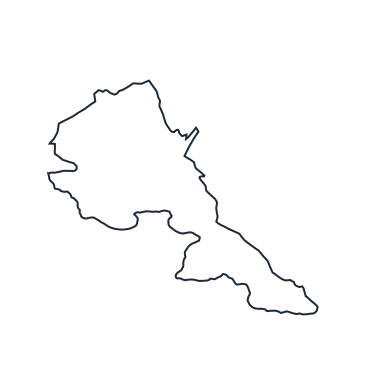 Khanaqin, Diyala, Iraq, rotated 104°
{"feature_id": "34846034B8709315351100", "entity_name": "Khanaqin", "entity_type": "district", "adm_level": 2, "iso_a3": "IRQ", "parent_name": "Iraq", "parent_adm1": "Diyala", "projection": "natural_earth1", "projection_center": [45.457, 34.523], "detail": "fine", "context": "isolated", "style": "outline", "palette": "slate", "viewbox_px": 384, "rotation_deg": 104, "n_neighbors": 0, "source": "geoboundaries", "source_scale": "gbopen_adm2", "svg_char_len": 5487}
<svg xmlns="http://www.w3.org/2000/svg" viewBox="0 0 384 384"><g transform="rotate(104 192 192)"><path d="M120.9,310.5L127.6,307.7L129.8,309.9L133.1,312.7L134.1,313.5L137.4,316.3L142.7,321.6L147.3,325.7L152.5,331.7L157.8,337.8L162.6,337.3L166.4,337.0L169.5,337.7L173.2,338.7L174.1,339.0L177.9,341.2L179.5,341.8L178.9,339.5L178.6,336.6L180.3,336.2L183.0,335.5L185.0,335.2L187.8,334.4L188.3,334.2L189.1,331.5L191.1,327.2L192.0,325.3L192.6,317.8L192.6,313.8L193.6,312.3L194.6,310.6L194.7,310.3L194.8,310.3L196.7,309.7L198.2,309.7L199.6,310.9L200.4,311.9L200.7,313.7L201.2,316.5L201.9,319.1L202.5,321.7L203.7,324.0L204.8,326.3L205.6,327.9L206.4,329.6L207.0,332.5L207.6,334.1L208.3,334.8L208.7,335.9L208.7,336.0L211.0,334.8L213.5,333.7L215.3,332.3L215.4,332.2L215.5,332.0L217.0,329.0L217.2,328.7L217.3,328.6L217.6,328.3L218.6,327.5L220.0,327.0L221.4,326.2L221.6,325.9L222.0,325.5L221.7,323.6L221.7,321.9L222.1,320.3L222.1,320.2L222.3,320.0L222.5,319.9L222.7,319.7L222.7,319.1L222.9,317.6L222.7,315.9L222.4,314.8L221.7,313.1L222.4,311.8L222.7,310.9L223.3,309.9L223.5,309.6L224.4,308.8L226.1,307.9L226.3,307.6L226.5,307.3L226.4,306.0L227.4,303.8L228.3,302.2L228.6,301.9L229.7,300.6L231.2,300.0L232.5,299.8L233.5,299.5L234.4,299.1L235.2,298.4L235.3,298.3L235.5,298.1L236.2,296.9L236.4,296.6L236.5,296.6L237.9,296.3L239.0,296.1L240.5,295.0L242.4,293.5L242.5,293.5L242.6,293.2L243.4,292.0L243.5,290.3L243.5,288.6L242.0,285.6L240.8,282.8L240.7,281.8L240.7,280.5L241.6,277.7L242.3,275.1L243.2,273.0L244.3,268.7L245.5,265.4L246.1,262.9L246.4,259.8L246.3,256.8L245.8,252.5L244.6,248.1L242.8,243.8L240.3,240.5L238.7,238.6L237.0,237.8L235.5,237.8L233.8,237.8L231.4,238.0L230.2,238.8L230.0,239.1L228.5,241.0L227.6,242.9L227.4,243.3L227.4,243.2L226.7,242.5L225.0,240.3L224.7,239.0L224.7,237.7L223.8,236.0L222.4,233.0L221.7,231.7L221.5,230.0L221.1,228.1L220.8,226.0L220.3,224.0L219.5,221.7L219.4,219.3L218.3,217.6L217.0,215.2L216.5,213.5L216.5,210.9L216.6,209.1L216.9,208.8L218.8,207.5L219.0,207.2L219.6,206.5L219.8,206.2L220.6,206.2L221.4,206.0L222.1,206.8L223.3,207.5L224.2,207.9L225.6,208.1L227.0,207.5L228.9,207.0L229.9,206.4L230.1,206.1L231.0,205.0L231.2,204.7L232.6,201.3L233.8,198.7L234.7,194.2L234.6,191.4L234.0,189.5L232.6,186.7L231.7,184.5L231.5,183.4L231.5,181.5L232.4,178.7L233.5,174.7L234.0,173.7L234.1,173.4L235.5,173.4L237.4,173.4L238.8,175.1L240.3,177.0L242.6,180.0L245.0,181.9L248.2,183.2L251.6,184.3L252.8,184.3L254.0,183.9L255.2,183.4L256.1,182.8L257.0,182.8L258.2,183.0L259.0,183.5L259.7,183.5L262.5,183.4L264.0,183.0L265.2,182.6L266.7,182.6L268.5,183.0L270.5,183.5L272.2,185.0L273.1,186.0L274.9,187.1L276.1,187.5L277.7,187.5L278.6,186.9L279.1,186.4L279.3,186.2L279.3,185.2L278.9,183.7L278.7,182.6L278.7,181.5L279.2,180.2L279.2,178.7L279.2,177.0L278.4,175.5L277.5,172.9L276.9,170.8L276.6,168.6L276.6,167.1L276.6,165.8L276.6,164.3L276.1,161.8L275.2,158.8L274.1,155.7L272.9,153.8L271.9,153.6L271.4,152.1L271.3,150.8L271.3,149.1L270.6,148.2L268.4,145.9L266.8,143.7L265.2,142.7L264.0,142.0L264.0,140.1L264.3,138.2L265.9,136.2L266.2,133.9L266.5,131.7L268.2,130.0L269.1,128.9L270.3,127.8L270.9,126.6L270.9,125.9L269.9,123.1L268.8,120.8L268.7,119.0L268.6,117.1L269.4,116.0L271.4,114.3L273.8,112.8L275.9,111.3L276.8,111.3L277.9,111.3L278.8,111.7L280.0,111.9L281.1,111.9L283.0,111.9L284.4,111.5L286.1,109.8L287.3,108.9L288.2,107.4L289.0,106.0L289.4,104.9L289.7,102.3L289.2,99.1L288.5,96.5L288.3,94.1L288.2,92.4L289.4,90.7L289.5,90.5L288.1,86.6L287.5,84.3L287.0,82.5L287.0,79.7L287.8,76.3L286.3,73.7L284.9,71.2L284.9,69.6L285.2,66.0L285.2,63.0L285.2,61.5L284.6,59.8L283.8,58.1L284.0,55.1L282.8,51.0L281.3,47.3L280.5,44.8L279.3,43.5L277.2,42.3L277.0,42.2L274.9,42.2L272.9,42.4L270.7,46.0L268.8,50.1L266.3,54.4L265.7,56.3L263.1,57.9L260.5,59.3L258.5,60.4L256.9,62.3L258.1,64.5L258.2,65.8L257.6,68.8L256.4,70.3L254.6,71.4L254.3,73.7L253.6,75.0L255.1,79.7L255.1,81.7L254.2,85.3L252.8,88.8L251.3,92.2L250.7,94.3L248.1,96.3L244.9,98.8L241.6,101.2L240.2,102.5L238.7,104.7L236.9,107.5L234.6,110.5L232.8,113.0L231.6,116.2L230.1,120.1L229.9,120.4L228.9,123.1L228.1,124.8L228.0,125.2L227.5,126.3L226.0,129.6L224.3,131.9L224.1,132.2L221.4,135.5L221.1,135.8L219.8,142.7L218.9,147.8L217.7,152.3L217.0,156.0L216.0,159.2L214.9,161.0L214.8,161.3L214.7,161.3L210.7,161.1L208.9,161.5L205.7,163.1L201.7,164.6L200.2,164.8L197.5,165.0L196.6,165.0L194.9,166.1L193.1,168.1L192.9,168.4L191.1,171.8L187.7,177.9L187.6,178.1L184.9,179.6L183.1,180.0L182.8,180.3L180.3,183.5L177.8,186.9L177.6,187.1L176.8,187.9L175.6,188.2L174.9,187.3L173.5,183.3L173.5,183.2L173.3,183.6L170.9,187.9L169.2,191.6L168.3,193.7L168.2,193.9L168.0,194.0L165.4,195.9L162.8,197.2L162.7,197.2L162.6,197.5L161.0,201.4L159.7,206.0L159.0,207.7L158.9,208.0L149.2,205.9L139.8,203.2L133.8,201.1L132.1,200.3L130.2,201.9L128.7,203.8L131.1,204.7L139.2,208.6L142.0,210.6L137.6,211.2L140.2,215.1L138.8,217.5L137.3,219.0L135.9,219.5L135.2,220.4L135.2,221.4L135.6,221.9L136.4,222.7L138.2,223.8L138.4,226.1L137.8,227.5L135.6,229.9L133.1,232.7L130.9,234.7L127.4,236.7L126.0,237.7L124.4,238.4L120.0,241.7L117.5,243.7L116.4,244.5L114.5,244.7L111.4,245.0L107.8,248.0L104.9,249.4L102.6,250.9L98.2,256.2L94.3,260.7L96.6,263.8L99.2,267.1L100.8,275.3L105.9,280.0L109.9,284.2L111.6,287.1L114.6,288.6L116.2,290.6L116.0,292.6L115.6,295.1L115.1,296.7L114.2,298.3L114.0,299.4L114.0,300.2L114.5,301.2L116.0,302.2L116.4,303.0L116.0,304.1L115.9,304.8L115.7,306.2L116.0,307.5L117.6,308.4L118.8,309.3L120.0,310.4L120.9,310.5Z" fill="none" stroke="#1e293b" stroke-width="2"/></g></svg>